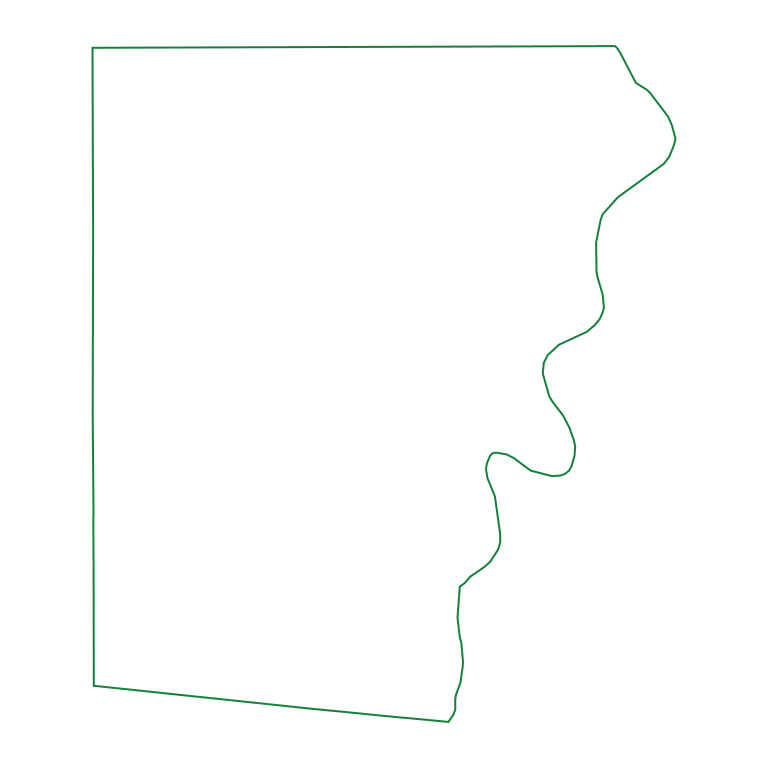 Marshall, West Virginia, United States of America (Albers equal-area conic projection), rotated 180°
{"feature_id": "52423323B69040166298082", "entity_name": "Marshall", "entity_type": "district", "adm_level": 2, "iso_a3": "USA", "parent_name": "United States of America", "parent_adm1": "West Virginia", "projection": "albers", "projection_center": [-80.751, 39.877], "detail": "fine", "context": "isolated", "style": "outline", "palette": "green", "viewbox_px": 768, "rotation_deg": 180, "n_neighbors": 0, "source": "geoboundaries", "source_scale": "gbopen_adm2", "svg_char_len": 1195}
<svg xmlns="http://www.w3.org/2000/svg" viewBox="0 0 768 768"><g transform="rotate(180 384 384)"><path d="M173.5,442.6L168.5,448.7L165.5,455.0L164.1,460.6L165.3,473.3L170.6,491.3L171.5,496.7L171.9,525.4L167.3,548.3L165.4,553.7L150.1,570.8L104.0,604.3L98.5,611.7L93.9,623.3L92.5,629.4L96.3,643.3L100.1,651.7L117.7,674.8L121.0,678.1L132.1,685.1L147.8,715.2L151.2,720.3L153.0,721.9L675.5,720.2L675.1,592.9L674.9,536.9L675.3,353.5L674.5,254.0L674.7,249.2L674.5,211.5L674.4,205.5L674.4,199.5L674.4,199.0L674.4,196.9L674.2,82.2L454.2,59.0L425.6,56.3L384.0,52.1L319.6,46.1L319.5,46.3L314.5,53.5L312.7,58.5L312.8,68.5L312.0,73.3L307.6,85.3L305.3,101.1L305.0,106.0L306.6,125.0L308.3,131.3L310.5,150.4L308.2,181.4L303.2,185.0L298.0,191.2L283.3,201.3L277.7,206.4L269.7,218.7L267.8,225.8L267.8,233.7L273.1,271.6L280.6,290.0L282.0,298.7L281.2,304.4L278.1,311.9L276.4,314.0L274.2,315.2L271.0,315.2L261.5,313.6L254.3,310.0L237.4,297.4L216.0,291.9L208.0,292.4L203.3,293.9L198.9,297.4L196.3,302.1L193.5,312.1L192.8,321.2L194.0,327.5L198.6,340.3L205.0,352.6L215.2,365.8L218.8,371.7L225.2,394.5L224.2,405.2L220.3,412.9L209.0,423.3L181.6,436.0L173.5,442.6Z" fill="none" stroke="#15803d" stroke-width="2"/></g></svg>